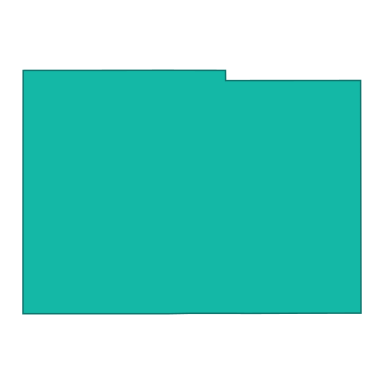 Mower, Minnesota, United States of America (Robinson projection)
{"feature_id": "52423323B52141810404240", "entity_name": "Mower", "entity_type": "district", "adm_level": 2, "iso_a3": "USA", "parent_name": "United States of America", "parent_adm1": "Minnesota", "projection": "robinson", "projection_center": [-92.779, 43.674], "detail": "fine", "context": "isolated", "style": "filled", "palette": "teal", "viewbox_px": 384, "rotation_deg": 0, "n_neighbors": 0, "source": "geoboundaries", "source_scale": "gbopen_adm2", "svg_char_len": 416}
<svg xmlns="http://www.w3.org/2000/svg" viewBox="0 0 384 384"><path d="M225.5,70.4L163.8,70.3L90.4,70.4L25.2,70.4L23.2,70.5L23.1,131.5L23.0,252.9L23.0,313.7L37.0,313.7L46.3,313.7L123.8,313.7L168.8,313.7L190.3,313.3L215.5,313.3L223.7,313.3L225.8,313.3L235.1,313.3L245.9,313.4L248.2,313.4L302.3,313.2L352.2,313.1L361.0,313.1L360.6,80.5L225.6,80.6L225.5,70.4Z" fill="#14b8a6" stroke="#0f766e" stroke-width="1.5"/></svg>